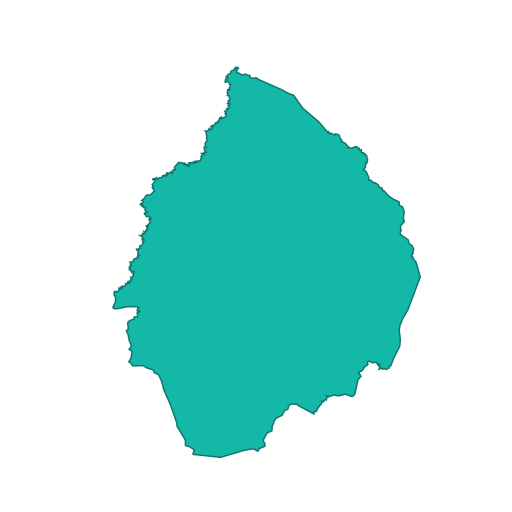 Pha Khao, Loei, Thailand (orthographic projection), rotated 251°
{"feature_id": "78962969B60178316826194", "entity_name": "Pha Khao", "entity_type": "district", "adm_level": 2, "iso_a3": "THA", "parent_name": "Thailand", "parent_adm1": "Loei", "projection": "orthographic", "projection_center": [102.064, 17.053], "detail": "fine", "context": "isolated", "style": "filled", "palette": "teal", "viewbox_px": 512, "rotation_deg": 251, "n_neighbors": 0, "source": "geoboundaries", "source_scale": "gbopen_adm2", "svg_char_len": 6111}
<svg xmlns="http://www.w3.org/2000/svg" viewBox="0 0 512 512"><g transform="rotate(251 256 256)"><path d="M192.3,103.6L189.1,113.5L185.5,116.6L181.9,121.7L178.6,121.9L175.5,125.3L167.8,126.0L159.2,125.3L143.3,126.7L123.7,126.8L120.8,125.9L105.1,129.3L99.7,127.6L97.3,131.1L93.7,134.0L91.5,134.1L90.2,132.3L88.9,132.0L77.2,156.9L76.1,181.9L74.9,189.3L74.0,191.5L71.0,193.8L71.3,195.0L72.9,196.3L73.2,202.4L75.4,203.3L78.6,202.7L80.3,203.6L85.1,209.0L85.5,214.1L89.5,215.8L94.4,219.8L96.1,222.6L96.9,228.8L100.7,232.9L100.7,236.1L103.7,238.2L104.5,240.2L104.4,241.8L102.4,246.5L100.9,247.2L87.8,259.4L89.7,260.1L89.5,262.6L91.2,263.8L91.3,264.6L92.4,264.6L93.2,267.2L94.3,267.8L94.5,269.3L96.0,270.3L96.1,271.0L97.2,271.0L96.3,272.7L97.6,274.3L97.0,275.7L99.0,276.7L99.1,278.3L100.7,277.2L99.2,280.8L99.2,284.5L96.8,288.7L96.2,295.8L92.2,300.3L91.9,301.5L92.5,303.6L94.1,305.1L105.6,312.0L108.2,316.1L112.7,315.1L112.8,318.0L114.1,320.7L115.4,321.9L116.9,326.4L119.6,326.9L119.9,328.4L116.8,331.9L116.7,334.9L113.6,335.9L113.7,337.0L112.8,337.8L112.5,336.1L110.2,337.1L109.0,335.6L109.1,338.4L107.8,338.7L107.6,340.9L106.3,342.0L106.9,345.5L108.0,345.9L108.4,347.8L115.0,353.3L123.9,362.6L129.9,365.2L139.4,367.3L143.5,369.5L149.2,374.5L155.5,381.9L182.7,404.5L198.1,405.3L201.7,403.8L203.7,404.0L205.4,403.0L207.6,405.6L208.7,405.5L210.5,407.1L212.2,407.3L215.0,407.0L218.0,404.8L221.8,405.1L229.4,399.5L232.2,400.4L232.8,401.7L233.7,401.4L237.4,402.4L240.3,407.4L244.0,407.7L249.2,410.4L253.7,410.7L255.2,410.1L256.9,408.1L260.5,408.9L265.5,403.9L269.4,401.1L276.0,398.2L276.4,397.3L279.2,397.1L281.2,394.8L283.6,394.7L286.5,392.5L286.3,391.7L290.4,388.9L291.1,387.4L294.0,388.2L299.0,387.7L301.2,387.0L302.6,385.6L304.1,388.2L308.3,390.1L307.6,390.7L308.8,391.9L311.2,393.0L313.6,392.7L314.5,393.4L315.5,392.4L316.8,392.6L317.2,391.2L318.4,391.4L319.5,389.4L322.1,390.2L321.9,388.7L324.2,388.5L324.2,387.4L325.6,387.6L327.1,385.8L326.5,385.2L327.1,383.5L326.6,381.4L328.3,379.6L328.6,377.9L329.7,378.5L333.3,377.2L336.6,374.0L336.7,374.7L338.3,374.6L340.2,373.6L342.3,374.1L343.7,373.5L345.6,371.1L344.7,370.1L347.4,367.1L347.4,365.8L348.7,365.7L348.8,365.0L349.8,364.8L349.1,364.2L361.7,359.4L380.6,348.3L395.8,343.9L398.7,340.0L404.7,334.6L421.3,316.7L424.7,313.9L424.4,312.9L426.0,308.9L429.0,308.7L429.0,307.7L431.6,305.0L431.6,301.8L434.9,299.0L435.0,298.1L436.4,297.3L437.6,298.5L438.5,298.2L439.1,300.5L440.6,299.8L441.0,298.1L440.1,296.6L439.1,296.6L438.9,292.6L436.7,291.1L436.8,289.2L436.0,287.4L433.3,287.3L434.7,286.1L433.5,286.0L432.5,284.3L430.3,283.4L430.0,284.4L430.8,286.1L428.5,287.2L427.2,286.8L426.4,287.9L423.5,285.6L421.9,285.5L421.6,284.9L422.6,284.4L422.4,283.4L419.5,281.9L417.8,282.5L417.1,281.3L416.4,282.6L412.0,282.1L411.7,280.1L410.0,280.2L409.5,279.0L408.9,280.8L408.1,281.0L407.5,278.6L404.8,278.9L404.9,277.5L403.7,276.9L404.6,276.1L402.9,275.3L403.1,273.6L401.4,274.1L400.6,273.2L400.2,274.0L398.2,273.1L397.4,271.8L397.2,269.0L398.6,268.5L397.3,267.7L398.3,267.5L398.5,266.7L395.0,264.2L395.7,263.5L394.5,262.8L395.1,261.2L393.8,260.7L393.3,255.6L392.6,255.7L392.1,257.1L390.7,256.3L390.2,254.0L391.8,253.9L391.3,252.7L390.7,252.9L389.8,250.1L390.7,248.8L388.9,249.2L386.5,248.5L385.2,248.8L383.3,247.4L381.7,247.8L378.8,244.4L375.9,243.8L375.0,244.2L375.6,242.3L372.1,241.6L370.2,242.6L370.5,240.7L369.0,240.2L370.3,239.7L370.7,237.8L369.2,238.3L367.9,236.4L366.9,237.1L366.4,235.9L364.2,234.4L365.0,230.7L363.7,231.0L363.9,229.5L365.0,229.7L365.5,228.4L364.3,228.1L365.0,227.1L363.6,226.7L365.1,226.4L365.9,222.9L364.1,223.3L362.8,222.0L363.8,221.7L363.3,220.8L363.7,220.2L365.1,221.6L364.6,219.9L366.0,219.5L365.4,218.7L367.0,218.5L366.4,217.2L367.7,217.2L369.0,214.9L368.7,213.7L369.7,213.4L366.5,207.8L364.6,207.6L363.7,208.6L364.4,205.7L361.4,203.8L363.4,203.3L362.4,201.6L363.6,199.0L363.4,198.3L362.5,198.9L362.6,198.3L361.7,198.1L361.9,197.1L361.0,197.5L360.6,196.6L362.2,195.3L362.1,193.7L361.4,193.7L361.0,192.7L361.4,190.0L360.7,188.1L362.4,187.4L361.6,186.7L362.5,184.9L362.3,183.4L361.8,183.3L360.5,185.2L359.2,184.5L357.4,181.2L354.8,181.3L354.6,180.2L350.7,181.2L348.5,176.8L348.3,174.1L349.1,173.6L348.8,171.2L347.2,169.8L345.7,166.2L345.3,166.9L344.2,167.0L343.0,166.0L343.2,164.4L342.5,163.4L341.7,163.9L342.2,165.4L341.5,165.0L341.1,165.7L341.2,164.5L340.7,164.3L340.3,165.9L339.7,165.2L338.5,165.4L337.4,167.1L335.4,165.9L332.7,167.2L333.2,166.3L332.4,165.9L332.8,164.6L332.0,164.1L330.5,165.1L328.7,165.3L328.4,167.8L326.1,169.2L324.8,168.1L326.1,167.6L325.8,166.7L322.2,167.2L320.1,162.7L319.5,162.8L319.6,163.6L318.6,163.0L319.6,162.0L318.2,162.0L317.9,162.7L316.1,161.6L316.4,160.6L314.4,159.0L315.6,157.9L314.0,157.8L313.5,157.0L314.1,156.0L312.3,155.4L313.1,155.3L312.4,154.6L313.0,153.2L310.7,154.9L308.6,153.7L308.6,155.4L307.9,155.3L307.5,153.8L307.5,154.8L306.6,154.9L306.5,153.4L304.8,153.3L303.6,152.0L303.1,150.9L303.5,149.7L302.7,149.0L301.1,149.3L301.2,147.5L300.6,147.0L301.4,145.3L300.5,145.2L299.8,146.3L295.3,144.6L294.6,145.8L294.1,143.8L292.7,143.9L293.0,142.5L292.4,141.9L293.1,140.2L290.7,137.4L291.1,135.0L290.5,135.4L289.4,134.6L287.7,134.9L287.9,134.0L286.2,133.4L286.7,132.6L285.5,132.3L285.3,132.8L284.3,131.8L283.6,132.6L281.1,133.1L281.1,134.0L281.8,134.2L280.9,135.7L279.5,134.8L279.2,133.7L277.6,134.1L276.3,131.6L275.4,131.7L276.4,130.7L275.1,130.7L274.0,129.3L273.0,129.6L273.5,127.2L271.7,127.4L272.9,126.3L272.0,126.0L272.4,123.9L271.4,123.8L270.4,122.2L270.3,120.2L271.1,119.8L270.7,118.8L269.5,118.9L270.3,117.9L269.3,118.0L268.7,117.1L270.2,115.9L268.1,115.3L267.2,114.2L267.8,113.2L267.0,112.8L268.5,111.1L267.7,109.7L266.1,109.8L265.5,109.2L263.1,109.8L258.7,108.4L254.0,103.9L252.4,104.6L251.3,107.6L250.0,117.8L246.9,126.9L244.8,128.1L244.8,127.1L243.0,125.8L241.5,128.2L240.8,126.9L241.5,126.2L240.8,125.0L238.5,124.8L237.0,123.6L238.1,121.1L235.9,119.6L236.2,117.2L235.5,113.8L233.9,112.7L228.6,111.6L227.4,109.1L223.5,109.5L217.0,108.6L213.0,109.0L210.8,108.3L209.1,105.6L206.7,107.3L205.6,107.4L200.7,105.0L197.3,101.3L195.2,102.9L192.3,103.6Z" fill="#14b8a6" stroke="#0f766e" stroke-width="1.5"/></g></svg>